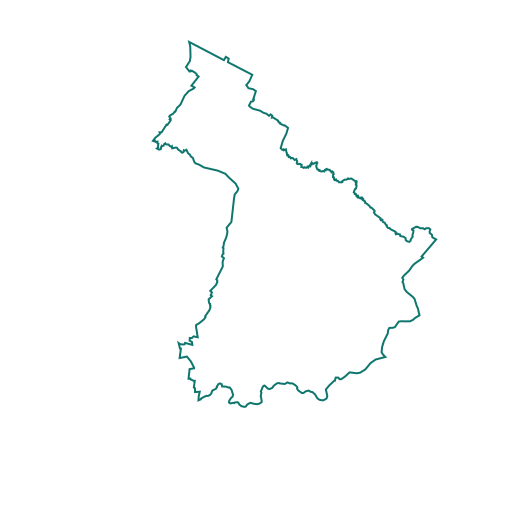 Lan Krabue, Kamphaeng Phet, Thailand (Natural Earth projection), rotated 212°
{"feature_id": "78962969B67051098696053", "entity_name": "Lan Krabue", "entity_type": "district", "adm_level": 2, "iso_a3": "THA", "parent_name": "Thailand", "parent_adm1": "Kamphaeng Phet", "projection": "natural_earth1", "projection_center": [99.863, 16.616], "detail": "fine", "context": "isolated", "style": "outline", "palette": "teal", "viewbox_px": 512, "rotation_deg": 212, "n_neighbors": 0, "source": "geoboundaries", "source_scale": "gbopen_adm2", "svg_char_len": 6142}
<svg xmlns="http://www.w3.org/2000/svg" viewBox="0 0 512 512"><g transform="rotate(212 256 256)"><path d="M228.3,103.1L226.8,105.3L227.0,106.1L225.2,109.4L224.0,111.1L222.6,111.8L221.3,113.9L221.1,115.7L221.7,118.8L219.7,122.0L219.6,124.1L220.1,124.6L219.9,127.6L219.1,128.8L217.1,129.1L215.7,127.4L212.2,129.3L209.2,130.0L208.7,130.6L205.6,129.4L201.7,125.9L201.4,123.8L201.9,122.7L202.0,119.6L201.6,117.8L200.9,117.3L199.6,117.4L197.6,119.4L196.6,119.6L196.2,120.7L194.2,122.2L193.4,122.3L191.2,121.2L188.7,120.9L185.5,122.1L184.8,123.3L184.8,125.3L183.0,128.5L179.0,129.7L176.3,131.1L175.0,132.4L173.8,134.9L174.3,136.1L177.8,139.8L179.0,143.0L180.1,143.6L180.9,148.6L180.7,149.9L180.0,150.7L175.8,149.8L174.0,150.3L172.3,152.8L172.2,155.4L170.8,159.0L169.4,160.4L168.4,160.5L163.8,162.7L162.3,165.5L159.6,165.9L158.7,166.8L157.0,167.3L154.2,167.3L152.0,166.8L151.0,166.1L150.9,165.3L149.1,164.4L144.4,164.1L143.1,165.1L142.2,167.5L140.0,169.8L137.7,169.8L136.1,170.5L132.5,169.9L128.5,167.8L125.9,167.7L122.7,169.0L121.0,171.6L120.7,172.8L121.3,175.0L126.0,179.8L125.3,185.0L123.5,192.0L123.0,192.2L124.0,195.1L121.8,196.5L119.8,195.8L118.5,196.7L116.7,200.7L115.0,206.9L108.3,210.0L105.8,212.3L103.2,217.7L102.1,225.9L99.7,231.6L92.8,238.9L96.0,239.7L98.5,240.9L100.9,245.8L102.4,251.5L103.2,260.0L104.6,263.1L104.8,265.7L101.8,267.7L100.5,269.4L100.2,276.0L98.4,277.5L90.9,282.1L89.1,284.9L88.1,288.1L85.9,292.3L91.0,297.4L93.1,298.7L98.8,303.6L101.2,304.4L109.1,305.4L112.4,306.6L116.6,310.9L117.8,311.4L118.6,314.2L120.4,315.0L120.2,317.7L118.4,324.6L118.1,330.4L117.4,333.5L113.4,343.1L115.3,343.3L112.0,365.5L116.3,365.3L118.2,367.3L120.8,367.5L121.8,368.9L122.3,371.0L124.0,371.2L126.2,370.0L127.1,368.1L128.9,368.1L131.2,366.7L134.6,366.3L135.0,365.7L135.7,365.7L138.0,361.5L137.7,361.0L136.0,361.1L135.2,359.5L134.3,356.4L133.4,355.6L133.5,351.9L133.0,350.9L133.4,349.3L135.4,348.6L137.4,348.8L138.6,350.4L141.1,350.6L144.1,349.4L145.5,350.6L147.0,349.8L147.8,350.0L148.9,348.6L149.8,349.3L149.7,350.0L150.4,350.5L156.3,350.0L157.5,350.5L158.8,349.8L160.7,350.3L161.3,351.4L162.4,351.3L164.6,352.5L166.1,352.1L167.3,352.6L167.9,353.7L168.4,353.6L169.3,352.6L170.1,353.1L170.3,354.0L176.8,354.4L179.1,355.4L179.1,356.9L179.7,357.3L183.7,358.2L184.6,357.7L186.3,358.6L190.0,359.1L191.5,358.8L192.4,360.1L195.2,360.0L195.6,360.3L195.3,361.2L196.2,361.4L196.6,360.9L197.1,361.7L197.8,361.5L198.2,360.1L199.4,360.3L200.4,359.5L201.5,359.8L201.1,360.8L201.4,361.2L202.7,360.3L203.0,360.9L203.7,360.9L204.2,361.4L205.1,360.9L205.9,361.8L206.9,361.9L207.5,365.3L207.0,366.0L207.5,367.9L208.0,369.0L208.8,369.2L208.9,369.9L209.5,370.0L209.5,371.2L210.3,371.3L210.2,372.5L210.5,372.7L211.5,372.1L216.3,372.2L218.3,370.4L219.1,370.5L219.2,369.6L220.1,368.4L221.2,367.8L222.4,365.5L222.5,365.0L222.0,364.5L222.2,364.0L224.7,362.5L226.3,363.1L227.3,362.6L228.8,363.3L229.1,362.1L229.5,362.0L230.6,362.5L231.5,363.9L232.5,363.6L233.8,366.1L233.5,366.7L234.5,367.2L234.8,367.9L236.0,368.1L236.4,367.0L237.4,367.7L238.9,367.6L239.3,368.1L241.3,367.1L242.1,367.4L242.8,366.3L242.4,365.6L243.2,365.2L243.0,363.9L244.2,363.6L245.0,362.5L247.2,361.8L247.7,362.5L248.4,361.8L249.3,362.3L250.0,362.0L252.6,364.1L253.1,366.0L253.8,366.7L253.4,367.5L253.8,367.8L254.7,367.3L256.0,364.7L257.5,364.6L257.3,363.4L257.8,363.4L258.3,364.1L258.3,361.7L257.7,361.9L257.5,360.7L258.7,360.2L258.6,358.7L259.7,359.0L259.9,357.7L260.9,357.0L261.7,357.1L262.3,356.0L263.2,356.1L264.7,355.5L265.7,357.6L266.5,357.2L267.5,357.5L269.3,356.0L270.4,356.1L270.9,356.7L270.9,357.8L273.2,359.5L274.1,357.9L276.7,358.5L277.6,358.1L278.1,357.3L279.7,358.0L280.6,357.2L281.8,358.6L282.5,358.7L282.9,357.9L283.6,358.4L284.2,359.6L285.1,360.0L287.1,362.3L288.3,360.5L289.1,361.1L289.8,360.0L292.2,360.5L294.3,367.9L295.1,375.8L296.7,381.6L301.0,382.0L301.4,381.5L306.0,381.0L306.1,381.7L308.4,381.7L308.9,382.5L315.2,382.5L315.9,381.8L316.6,383.6L318.7,383.8L319.2,381.8L322.5,382.2L325.6,381.4L329.5,381.4L336.9,379.2L340.6,379.4L341.7,379.9L342.0,384.3L340.7,385.4L340.4,386.9L340.8,387.7L341.4,387.5L343.5,395.8L346.9,395.9L351.3,394.3L354.8,395.8L354.2,400.5L355.2,407.7L382.5,405.5L383.8,408.9L387.1,408.9L387.0,405.1L426.1,402.1L423.0,399.1L417.0,390.1L415.4,386.2L415.5,379.1L410.3,377.3L409.9,378.4L409.1,378.1L408.7,379.1L405.0,379.2L402.7,378.8L402.2,377.9L399.8,377.8L401.0,366.2L397.4,366.4L397.5,365.2L400.4,360.2L401.5,354.1L400.3,344.3L401.5,339.6L400.9,335.6L401.5,335.2L401.6,333.0L403.3,329.8L403.5,328.3L401.3,327.3L401.6,326.2L400.3,326.1L400.3,324.5L400.6,320.2L401.5,320.0L401.6,310.8L403.3,309.8L402.5,309.2L402.2,308.4L404.1,302.9L404.4,299.0L403.4,299.3L402.9,300.3L401.7,299.5L400.1,300.8L399.3,299.3L398.3,299.5L397.0,296.5L396.4,296.0L397.0,294.7L394.7,294.8L393.4,296.1L393.6,297.3L394.1,297.6L394.3,299.5L393.8,299.4L392.9,300.5L393.1,302.5L392.6,303.5L391.4,303.0L389.3,304.2L387.5,303.6L385.8,303.7L385.5,304.5L384.1,302.9L381.5,305.5L380.4,305.9L378.2,304.9L375.3,305.0L374.3,304.4L373.3,304.5L372.6,305.6L373.2,307.4L372.3,307.4L371.3,309.2L368.0,307.1L365.6,306.9L364.2,305.9L361.5,305.7L358.2,303.1L356.4,302.5L352.8,303.3L347.1,303.5L333.8,308.1L325.6,309.5L320.6,308.2L311.7,306.6L306.6,303.7L306.1,301.0L306.7,297.1L305.4,293.7L294.9,271.8L295.9,264.4L293.2,261.6L292.3,259.7L291.0,255.6L290.2,250.3L289.0,247.8L288.6,245.5L287.8,245.5L285.9,242.0L284.8,240.8L285.2,239.7L284.7,237.5L282.1,237.2L281.2,233.3L278.6,229.5L277.3,215.2L276.0,214.9L275.7,214.0L275.0,213.5L274.6,210.2L276.3,202.2L274.1,201.8L273.5,198.7L272.0,198.6L273.2,194.2L271.7,192.2L270.6,191.2L269.6,191.1L269.4,190.4L268.4,189.9L268.4,189.2L267.5,188.5L266.8,185.4L267.2,178.0L266.4,177.4L266.6,174.6L268.6,168.8L270.2,165.8L269.5,164.4L262.4,156.2L266.3,154.8L267.0,152.3L268.7,151.4L267.4,149.0L264.8,149.2L262.9,146.9L270.1,144.7L269.8,143.2L271.3,142.1L273.5,141.1L275.5,141.2L271.5,137.3L270.6,137.7L266.7,129.0L261.3,134.1L255.4,132.1L249.5,128.6L249.0,127.9L252.4,124.9L248.2,116.2L246.8,117.2L246.5,116.7L242.7,117.1L241.8,117.7L239.0,111.5L237.6,111.5L235.6,108.3L231.8,111.1L230.2,106.6L228.3,103.1Z" fill="none" stroke="#0f766e" stroke-width="2"/></g></svg>